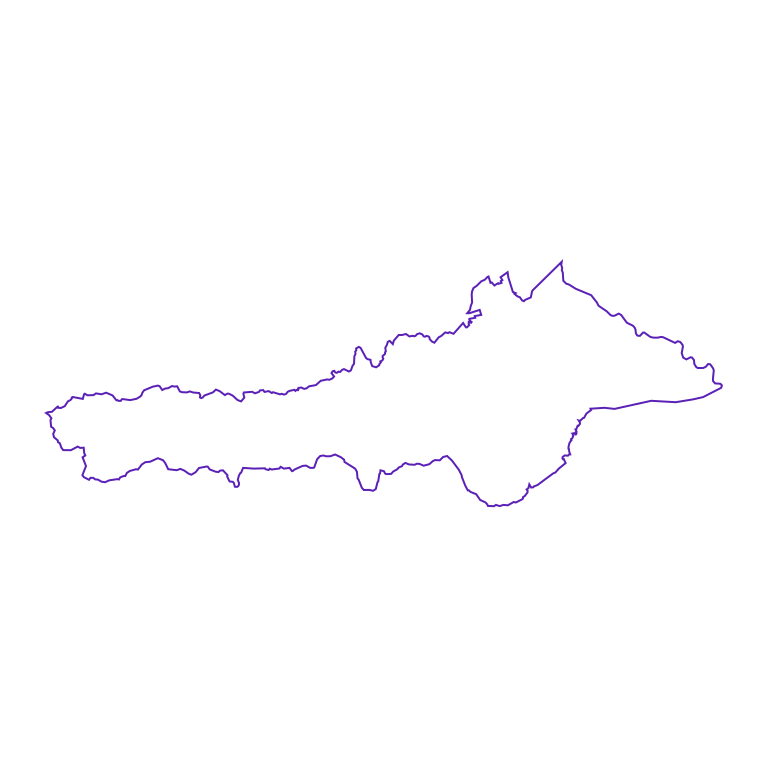 the district of Borlesti, Neamt, Romania
{"feature_id": "2599482B55744417226564", "entity_name": "Borlesti", "entity_type": "district", "adm_level": 2, "iso_a3": "ROU", "parent_name": "Romania", "parent_adm1": "Neamt", "projection": "orthographic", "projection_center": [26.427, 46.78], "detail": "fine", "context": "isolated", "style": "outline", "palette": "violet", "viewbox_px": 768, "rotation_deg": 0, "n_neighbors": 0, "source": "geoboundaries", "source_scale": "gbopen_adm2", "svg_char_len": 6080}
<svg xmlns="http://www.w3.org/2000/svg" viewBox="0 0 768 768"><path d="M487.9,505.9L494.0,506.2L495.9,504.9L499.7,506.1L503.4,504.9L507.9,505.3L513.7,502.0L515.8,502.5L521.6,499.6L522.8,498.8L523.1,497.0L524.6,496.2L527.5,492.5L527.6,490.7L526.6,489.5L528.4,488.1L529.3,484.4L531.1,487.5L533.3,487.3L533.9,486.4L537.4,485.1L553.0,473.5L555.4,472.5L558.6,468.8L565.6,463.1L563.8,459.1L563.1,459.3L562.5,458.6L562.6,457.0L564.8,455.4L567.9,455.7L569.1,454.4L570.2,454.4L569.2,451.5L569.0,449.2L568.5,448.9L568.5,446.8L569.6,442.6L570.7,441.3L570.8,440.4L571.4,440.2L571.1,439.1L572.2,438.4L573.2,436.0L572.8,435.1L573.2,434.0L572.6,433.5L573.9,433.2L575.1,433.8L575.3,434.5L576.1,434.3L576.4,433.5L575.7,432.3L576.6,431.8L575.5,429.4L576.3,429.2L577.6,425.8L578.3,426.0L580.0,423.8L579.8,422.2L578.7,420.5L580.0,420.9L583.1,418.0L584.1,417.8L586.3,413.7L591.1,410.0L590.5,408.7L604.5,407.8L614.5,408.9L651.2,400.8L675.7,402.2L692.9,399.4L703.1,397.1L721.2,387.8L721.9,385.4L720.4,383.8L715.1,383.4L713.2,381.3L712.9,379.3L713.8,370.3L712.9,368.0L710.2,364.3L708.1,364.0L705.8,366.8L703.2,368.0L697.7,368.0L696.2,367.0L694.3,363.9L694.0,360.1L692.0,357.5L690.5,357.3L686.4,359.4L683.2,357.6L681.7,353.1L682.9,346.6L682.6,345.0L680.4,342.1L677.8,341.2L675.1,342.9L663.3,337.3L661.2,336.9L657.3,337.7L653.0,337.6L650.3,336.9L644.2,332.5L643.0,332.6L640.0,335.8L638.1,335.8L637.1,335.3L635.9,333.3L635.5,329.5L634.6,327.6L633.1,325.8L626.8,322.7L621.2,315.0L618.7,313.6L614.8,315.6L612.9,315.9L610.7,315.2L606.6,311.2L598.6,305.8L596.9,302.5L591.2,295.2L575.8,288.8L568.9,284.5L566.1,283.6L563.3,280.7L562.8,272.7L561.8,270.0L562.2,268.0L561.2,264.8L561.7,261.8L533.0,290.0L532.1,291.2L530.8,297.4L525.1,299.9L523.9,301.2L522.2,300.5L519.9,297.3L517.4,296.3L514.5,293.9L515.6,293.1L512.9,292.0L508.3,277.3L507.6,272.2L500.6,277.2L502.4,280.1L500.8,281.1L501.5,282.9L498.6,283.8L498.1,283.2L494.4,285.5L491.7,282.4L490.5,282.8L488.5,276.5L487.6,276.9L484.7,279.8L481.3,281.3L476.5,286.0L473.5,288.0L472.0,291.6L471.7,294.7L472.1,302.5L470.7,306.2L470.0,309.8L467.3,313.2L469.4,313.2L479.7,309.9L481.2,314.9L474.7,316.1L475.2,317.8L469.4,318.8L469.3,319.5L470.0,320.7L471.6,322.0L471.0,322.8L468.8,322.0L468.6,323.9L469.2,325.1L466.9,327.4L465.9,327.3L463.1,323.0L453.5,333.8L449.4,332.2L448.1,333.1L445.3,332.4L441.2,336.0L438.7,337.3L434.4,342.7L431.9,341.5L429.7,339.1L429.4,337.3L428.4,336.4L426.5,335.9L425.2,336.7L423.7,336.4L422.4,334.5L419.8,333.3L417.0,334.2L415.6,335.8L414.1,336.3L413.1,335.8L409.3,336.4L406.0,334.0L402.0,335.0L398.7,335.0L393.8,340.7L392.8,344.1L389.7,340.9L387.8,341.8L386.9,344.9L385.3,347.8L385.8,351.5L385.1,352.2L385.0,354.0L382.7,355.9L382.6,357.3L383.3,358.7L382.4,360.4L380.3,361.4L380.8,362.5L379.3,364.2L379.2,365.3L376.1,367.3L372.2,366.1L370.8,362.3L370.5,359.8L367.4,359.1L366.0,357.9L360.6,347.9L358.8,346.9L356.1,348.5L356.3,350.3L355.2,351.6L355.5,354.0L354.4,356.1L354.0,363.8L352.5,365.9L350.9,370.4L348.9,371.5L344.0,369.1L342.3,369.7L340.0,372.0L338.6,371.6L336.8,372.8L335.2,372.4L334.3,370.9L332.6,371.3L331.5,373.1L334.1,376.5L332.3,378.5L329.3,379.8L327.3,379.4L320.7,380.8L315.9,385.1L309.1,386.3L306.6,388.3L304.2,388.9L301.2,387.5L298.4,388.0L298.0,388.5L298.4,389.5L298.0,390.2L296.5,390.0L295.4,390.9L294.4,389.8L289.5,390.9L287.7,391.8L286.0,394.0L283.9,394.6L281.8,393.8L279.8,394.3L273.0,392.2L271.8,393.0L268.7,391.1L264.5,391.9L263.2,390.1L260.0,390.4L259.0,391.9L255.0,393.3L252.1,391.8L243.8,392.5L243.4,393.9L244.3,397.6L241.1,401.4L237.5,400.0L232.7,395.6L228.8,393.7L227.2,393.7L224.9,395.1L219.6,391.1L215.9,389.6L212.9,392.4L204.4,395.5L202.7,397.5L201.1,398.1L199.9,397.4L200.3,395.2L199.1,393.0L193.1,392.5L189.9,391.4L186.9,392.4L182.1,392.2L179.8,391.4L177.2,386.3L174.3,386.6L172.1,386.0L168.1,388.2L165.3,388.5L162.2,390.0L159.6,386.2L157.9,385.6L152.7,386.7L144.1,390.3L142.4,392.7L141.5,395.2L140.0,396.7L136.5,398.8L130.2,400.1L122.8,399.1L121.9,399.2L120.7,400.9L118.5,400.9L117.5,400.1L116.4,400.3L112.5,395.4L106.1,392.7L101.5,394.3L96.0,393.4L93.5,395.1L87.4,395.3L84.8,393.7L84.1,394.2L82.8,398.9L72.7,397.0L71.8,397.5L71.8,398.5L70.5,400.0L67.9,401.4L64.7,406.2L60.9,408.0L58.2,407.8L58.0,406.6L57.6,406.6L51.9,411.8L47.9,412.2L46.1,413.0L49.1,415.1L51.4,418.3L50.5,420.1L51.1,426.7L53.3,428.2L54.8,430.4L53.2,433.9L54.0,437.2L57.7,440.4L58.1,442.3L59.8,443.2L61.4,447.7L63.2,450.1L70.9,450.2L77.6,446.6L80.2,447.9L83.7,447.7L84.2,453.1L85.3,455.5L82.6,457.3L86.0,466.1L82.4,475.2L83.8,477.1L89.0,479.8L90.5,477.8L93.3,477.9L95.2,479.4L97.9,479.6L101.6,481.7L105.1,482.2L109.4,480.3L117.7,479.1L118.9,479.5L120.2,477.4L123.7,476.0L125.2,476.1L126.8,473.0L129.7,471.0L136.1,469.2L137.9,469.6L141.8,464.5L145.3,462.2L150.2,461.7L157.8,458.2L163.0,460.2L165.3,463.2L168.2,469.2L176.6,470.2L180.4,468.9L184.3,470.6L188.7,473.7L191.4,474.7L195.6,472.2L199.0,468.0L206.7,466.5L207.8,466.7L209.7,469.4L215.3,471.6L218.3,472.1L220.1,470.6L222.9,470.3L227.5,475.2L227.1,476.3L229.2,480.8L229.8,481.5L232.8,481.8L233.8,482.9L234.9,486.7L237.0,486.9L238.2,486.2L239.0,484.6L238.9,482.7L237.8,479.9L238.8,476.0L240.1,473.3L241.1,472.7L243.1,467.9L253.9,468.6L264.9,468.3L265.5,469.2L268.7,470.0L269.7,468.7L271.7,469.5L279.4,468.5L280.6,466.8L283.9,468.6L289.5,467.9L292.0,471.1L292.6,471.1L294.6,469.5L302.6,465.9L306.1,465.6L310.2,467.9L313.2,467.9L314.2,467.5L317.1,459.3L320.2,456.0L323.5,455.5L326.3,456.3L330.5,456.2L335.0,454.5L340.7,457.1L344.0,459.6L344.6,462.0L355.1,468.6L356.9,471.7L357.5,478.2L358.7,479.8L361.8,487.7L363.8,490.0L369.2,489.9L373.1,490.8L375.8,489.0L377.5,482.2L378.2,481.6L379.3,474.1L380.0,473.6L380.5,470.3L384.1,471.3L384.9,473.3L386.0,474.1L390.2,474.0L391.2,473.8L393.2,471.5L397.2,469.3L398.9,467.4L401.9,466.2L402.8,464.6L405.4,462.9L408.8,464.4L414.5,464.8L417.0,463.7L419.5,463.9L423.6,465.7L429.3,464.2L432.7,461.2L434.9,460.1L439.8,460.3L443.1,457.0L447.1,456.0L452.0,460.6L458.8,469.7L461.7,475.3L461.8,476.8L465.3,485.7L467.8,490.4L468.8,490.3L470.5,491.9L476.2,494.2L480.2,500.0L485.5,502.4L487.2,504.3L487.9,505.9Z" fill="none" stroke="#5b21b6" stroke-width="2"/></svg>